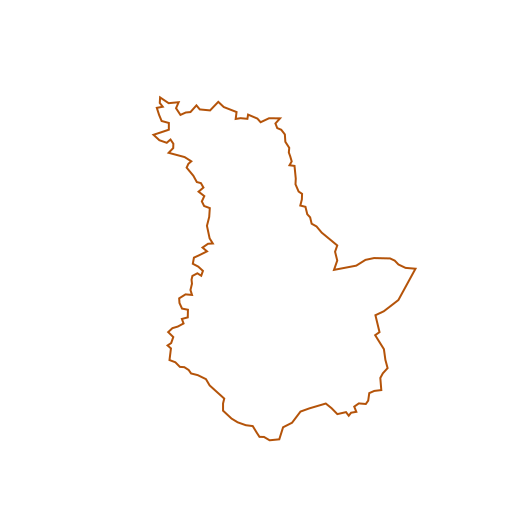 the district of Ciríaco, Rio Grande do Sul, Brazil, rotated 148°
{"feature_id": "56859067B13253078936111", "entity_name": "Ciríaco", "entity_type": "district", "adm_level": 2, "iso_a3": "BRA", "parent_name": "Brazil", "parent_adm1": "Rio Grande do Sul", "projection": "albers", "projection_center": [-51.915, -28.368], "detail": "fine", "context": "isolated", "style": "outline", "palette": "amber", "viewbox_px": 512, "rotation_deg": 148, "n_neighbors": 0, "source": "geoboundaries", "source_scale": "gbopen_adm2", "svg_char_len": 2170}
<svg xmlns="http://www.w3.org/2000/svg" viewBox="0 0 512 512"><g transform="rotate(148 256 256)"><path d="M127.5,160.7L135.5,166.7L139.7,173.3L140.8,178.6L143.6,182.9L157.0,191.7L165.2,194.7L176.1,194.7L197.2,202.9L189.5,209.1L186.7,217.7L181.5,221.9L187.9,241.0L189.0,249.0L191.7,253.9L189.6,260.1L190.4,264.2L188.0,271.5L191.7,275.3L187.1,279.7L184.0,284.3L185.7,288.1L184.5,295.9L181.3,300.5L175.6,312.0L179.5,315.2L175.6,317.3L174.2,322.3L173.3,326.4L170.5,330.1L170.6,337.3L167.1,343.8L167.7,349.7L170.2,353.2L169.3,358.1L162.7,360.0L171.9,365.9L181.2,367.0L182.0,371.8L187.8,380.1L190.6,376.9L196.1,381.1L200.6,383.0L196.2,388.4L204.4,399.4L206.3,406.7L212.7,405.1L217.8,403.8L226.0,410.1L226.7,415.3L235.3,412.8L239.5,414.9L245.3,415.7L245.5,423.7L240.1,427.4L249.1,431.9L253.3,441.3L256.5,436.8L256.0,432.0L261.6,434.2L263.4,427.1L264.5,420.5L259.4,415.0L263.0,409.3L278.7,413.1L276.6,405.4L271.7,399.3L266.8,400.1L266.6,395.0L269.0,391.4L275.4,389.8L264.1,377.7L260.7,370.6L264.5,370.0L268.0,367.7L266.6,357.2L267.0,350.1L264.1,347.0L264.3,341.9L270.6,341.0L268.1,334.2L273.0,331.0L273.5,325.9L269.8,321.1L275.0,313.9L281.6,307.6L286.0,295.5L286.0,289.5L290.2,291.8L296.9,291.5L295.1,285.9L304.2,286.8L309.5,287.5L313.7,282.9L310.6,277.6L308.9,271.5L312.9,268.3L314.9,272.4L320.5,272.8L323.2,270.1L325.0,266.4L329.6,261.9L330.9,256.9L336.1,260.8L343.6,260.8L345.8,256.7L346.6,250.6L342.2,246.5L346.4,240.1L352.2,241.9L353.2,237.2L359.7,237.6L365.1,239.1L370.8,238.0L369.1,231.1L374.1,227.1L378.4,227.0L377.1,222.7L380.6,218.4L384.5,213.6L380.7,208.6L379.3,202.3L375.7,199.7L373.5,195.0L373.3,190.8L368.5,185.8L363.7,178.1L363.9,170.8L358.5,151.9L362.1,148.4L365.9,142.3L362.9,131.1L359.7,124.7L354.3,117.9L348.9,113.5L349.0,105.6L348.9,100.8L345.1,98.3L342.1,92.5L333.4,88.2L323.8,96.4L313.8,95.5L300.7,100.5L291.5,98.5L275.0,93.9L272.6,87.0L270.8,78.8L262.4,75.9L262.0,71.4L258.4,72.7L253.5,70.7L252.5,76.2L246.9,76.5L241.3,72.3L237.5,73.9L232.6,79.7L227.2,78.9L220.8,75.9L215.2,86.7L210.6,89.3L203.8,91.2L201.3,99.4L196.9,109.2L196.9,125.7L191.6,126.0L186.1,142.5L176.9,141.4L158.6,143.2L127.5,160.7Z" fill="none" stroke="#b45309" stroke-width="2"/></g></svg>